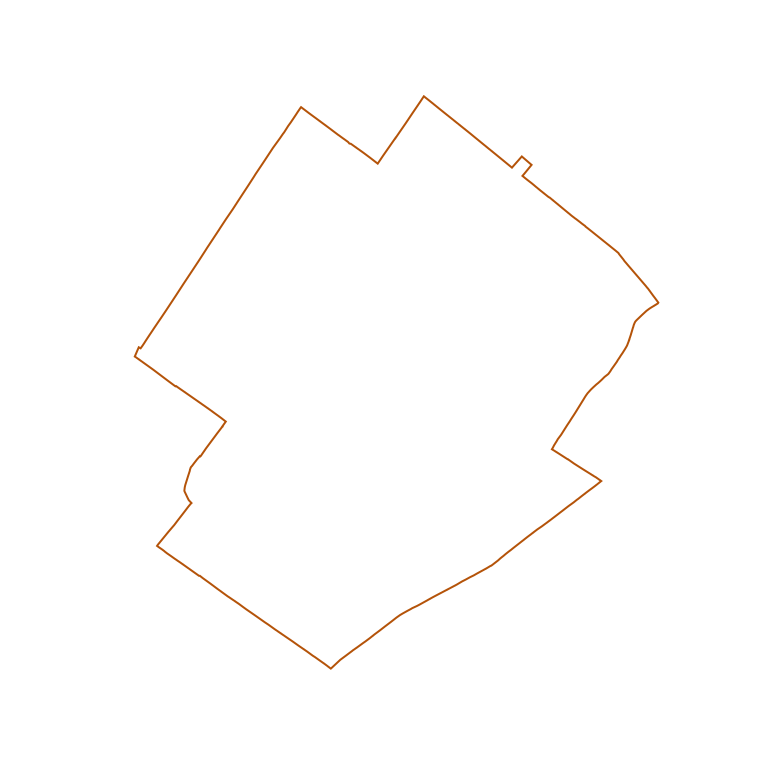 Pogoanele, Buzau, Romania (Mercator projection), rotated 283°
{"feature_id": "2599482B73439197946852", "entity_name": "Pogoanele", "entity_type": "district", "adm_level": 2, "iso_a3": "ROU", "parent_name": "Romania", "parent_adm1": "Buzau", "projection": "mercator", "projection_center": [26.983, 44.903], "detail": "fine", "context": "isolated", "style": "outline", "palette": "amber", "viewbox_px": 768, "rotation_deg": 283, "n_neighbors": 0, "source": "geoboundaries", "source_scale": "gbopen_adm2", "svg_char_len": 4351}
<svg xmlns="http://www.w3.org/2000/svg" viewBox="0 0 768 768"><g transform="rotate(283 384 384)"><path d="M525.0,633.0L526.9,630.8L528.7,628.7L530.6,626.4L532.0,624.8L533.1,623.5L534.1,622.4L535.2,621.1L536.5,619.6L537.0,618.8L538.3,617.2L540.8,613.8L553.9,596.0L557.9,590.6L559.2,589.2L563.3,584.0L564.4,582.9L566.6,578.5L572.5,566.3L581.6,547.4L582.8,544.8L583.1,544.6L583.3,544.2L583.5,543.8L583.9,542.7L584.4,541.7L584.8,540.7L585.7,538.9L586.1,538.0L587.8,534.3L588.4,532.8L588.8,532.0L589.1,531.3L590.1,529.1L603.0,503.3L603.1,502.5L607.8,492.7L610.5,487.3L611.5,485.4L612.9,482.6L613.9,480.4L615.1,477.8L616.4,475.1L617.9,472.1L621.0,473.7L630.7,478.5L632.8,474.5L636.7,467.1L623.6,460.0L633.1,440.8L637.0,432.8L645.5,415.6L647.3,412.0L664.4,376.5L670.6,363.8L672.6,359.5L673.2,358.4L673.3,358.1L669.8,356.8L667.9,356.1L654.5,350.9L643.2,346.6L632.6,342.4L626.2,339.9L626.3,339.8L606.4,331.8L597.3,328.3L601.4,319.4L604.4,312.6L605.2,310.7L610.6,297.6L610.5,296.2L611.7,294.6L614.0,289.2L614.1,288.9L615.5,285.6L616.0,284.5L616.4,283.4L622.1,270.6L631.1,249.8L635.1,240.9L634.5,240.6L632.7,239.9L629.6,238.7L626.3,237.5L617.9,234.3L613.9,232.6L606.5,230.0L605.3,229.4L600.2,227.4L589.1,222.7L579.4,219.1L572.4,216.5L559.8,211.7L556.0,210.4L555.5,210.2L546.9,207.1L536.9,203.4L529.0,200.5L520.2,197.3L509.2,193.0L498.7,189.1L497.5,188.7L476.3,180.8L474.8,180.3L465.1,176.8L461.8,175.6L436.7,166.2L424.1,161.6L406.9,155.2L402.7,153.6L399.3,152.3L393.4,150.0L386.4,147.3L383.7,146.3L379.0,144.5L372.8,142.2L369.7,141.1L366.8,140.0L364.9,139.2L364.0,138.8L364.1,138.4L364.6,136.8L360.3,136.0L354.7,135.0L354.5,135.6L348.1,151.0L346.0,156.0L342.3,164.3L338.2,173.5L334.8,181.3L335.2,181.8L334.8,182.9L334.6,183.3L329.0,197.3L320.1,219.3L314.3,232.9L311.8,238.3L310.6,237.8L306.0,235.9L305.9,236.1L305.5,235.8L298.7,232.7L281.1,225.0L272.7,221.7L272.0,221.2L272.2,220.8L268.5,218.8L264.4,216.9L262.6,216.1L261.2,215.5L259.8,214.7L258.8,214.4L258.1,214.4L257.1,214.2L255.7,214.3L250.0,213.8L240.9,213.1L238.7,213.1L236.6,213.3L235.1,213.5L234.5,213.8L229.2,218.0L228.1,218.9L226.9,219.9L224.7,223.2L224.2,222.9L224.0,222.7L222.2,221.8L221.8,221.6L220.4,220.9L217.3,219.5L212.9,217.5L205.1,213.9L199.1,211.2L198.2,210.7L191.1,207.0L176.5,199.8L175.2,199.3L174.2,201.6L172.6,205.7L172.5,205.8L172.4,206.0L172.3,206.3L171.9,207.2L171.7,207.6L171.4,208.1L170.2,210.7L168.4,215.2L166.7,219.3L165.7,221.9L165.5,222.3L165.2,223.1L164.6,224.7L162.7,229.4L155.9,245.9L155.5,246.8L155.7,247.7L154.1,251.1L150.3,260.1L146.9,267.8L144.1,274.4L141.8,279.8L141.7,280.2L137.0,292.3L134.9,297.1L133.5,300.4L131.0,306.7L129.4,310.7L126.8,317.1L125.0,321.5L123.5,325.5L120.4,332.9L112.5,353.1L109.9,359.4L106.0,369.3L103.2,375.8L102.4,378.1L100.0,383.9L97.5,390.0L94.7,396.2L94.8,396.3L105.2,403.3L105.6,403.6L111.0,408.2L114.1,410.8L116.7,413.0L117.5,413.6L121.7,417.4L126.9,421.9L129.0,423.8L130.3,424.9L133.0,427.2L137.9,431.1L143.7,436.0L148.0,439.5L154.0,444.5L159.1,448.6L162.8,451.9L163.5,452.7L164.3,453.5L168.1,457.7L170.8,460.8L171.9,461.9L175.1,466.0L176.8,468.0L187.2,479.5L189.2,481.8L204.8,499.9L209.3,504.6L211.8,507.6L215.2,511.4L217.7,514.5L220.3,517.3L223.5,520.9L227.7,525.6L230.8,528.8L231.1,529.4L237.7,534.8L240.3,536.6L241.7,537.7L243.3,539.0L245.6,540.7L248.5,543.0L251.0,545.1L253.3,546.9L266.8,557.8L276.8,566.1L280.9,569.9L289.0,576.8L294.9,581.7L306.6,591.3L311.4,595.5L314.6,598.0L315.7,599.0L319.2,601.8L323.6,605.4L326.6,607.9L329.5,610.4L331.9,612.4L332.5,612.9L338.3,617.5L340.8,611.4L341.1,610.4L341.2,610.0L345.7,597.0L349.2,587.1L351.9,580.5L351.9,580.4L352.1,580.0L352.0,579.8L355.6,569.8L358.2,562.3L359.1,562.6L359.3,562.7L362.5,563.5L366.3,564.8L366.5,564.9L368.1,565.4L369.2,565.7L374.4,568.0L381.0,570.3L385.5,571.9L389.7,573.5L391.5,574.1L398.6,576.7L414.8,582.2L415.8,582.5L418.3,583.4L420.9,584.5L425.2,586.9L427.8,588.6L431.3,591.0L433.2,592.5L435.5,594.1L437.3,595.3L440.5,597.3L443.7,599.9L444.4,600.4L445.1,600.7L447.2,601.6L447.5,601.7L449.6,602.4L453.2,603.9L455.9,605.0L458.6,606.1L459.3,606.2L463.7,607.9L464.7,608.2L467.7,609.4L472.3,611.0L472.9,611.2L475.5,612.0L476.3,612.2L481.9,613.0L481.9,612.9L487.0,613.4L495.0,613.9L495.4,614.0L497.8,614.1L500.6,614.6L501.7,615.0L503.1,615.8L509.2,619.8L514.2,623.2L516.7,625.3L518.1,626.6L524.1,632.7L525.0,633.0Z" fill="none" stroke="#b45309" stroke-width="2"/></g></svg>